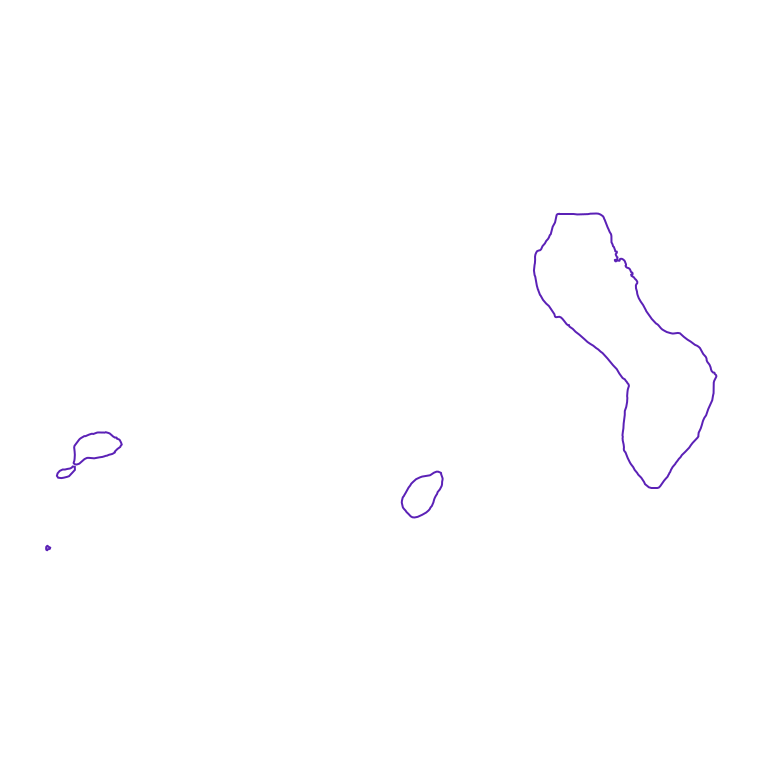 outline of Makimae, Shefa, Vanuatu, rotated 92°
{"feature_id": "77236927B14255204108964", "entity_name": "Makimae", "entity_type": "district", "adm_level": 2, "iso_a3": "VUT", "parent_name": "Vanuatu", "parent_adm1": "Shefa", "projection": "orthographic", "projection_center": [168.399, -17.15], "detail": "fine", "context": "isolated", "style": "outline", "palette": "violet", "viewbox_px": 768, "rotation_deg": 92, "n_neighbors": 0, "source": "geoboundaries", "source_scale": "gbopen_adm2", "svg_char_len": 5396}
<svg xmlns="http://www.w3.org/2000/svg" viewBox="0 0 768 768"><g transform="rotate(92 384 384)"><path d="M443.5,140.7L443.8,140.3L449.4,137.9L454.0,135.4L455.5,134.4L458.4,132.0L461.1,130.5L464.0,127.9L465.7,126.8L468.7,123.6L472.8,120.7L475.0,119.6L477.4,116.4L477.9,115.9L478.6,113.2L478.4,107.2L477.9,105.7L476.5,104.4L470.8,100.7L468.9,99.2L466.8,97.4L464.8,96.5L464.0,96.0L463.2,95.8L462.1,95.0L459.8,94.2L456.8,92.6L453.7,90.1L452.8,89.7L450.2,87.8L448.5,86.7L446.8,85.1L444.7,83.9L441.3,80.6L436.9,76.7L434.6,75.3L432.2,73.6L426.6,68.7L425.4,68.0L423.8,68.0L421.6,67.8L420.3,67.2L417.3,65.9L413.8,64.9L410.4,64.1L409.1,63.7L406.5,62.6L404.1,61.0L397.8,59.1L388.8,55.4L384.3,54.8L381.7,54.3L371.1,54.5L369.3,54.1L365.4,52.3L364.6,52.1L363.6,52.4L362.2,53.9L361.3,54.1L361.1,54.4L361.0,55.6L359.6,57.0L358.0,57.7L355.9,58.2L353.3,59.4L352.2,60.3L350.8,61.5L349.3,62.3L347.2,62.6L345.6,63.4L342.9,66.0L337.0,69.5L335.8,70.9L334.9,72.3L334.0,74.6L330.9,79.0L329.1,82.2L326.4,86.0L323.0,90.0L322.7,92.1L322.8,92.6L323.4,96.2L323.5,97.3L323.2,99.2L322.2,103.2L321.0,105.6L319.8,107.8L318.6,109.2L315.9,111.6L314.9,112.7L314.0,114.3L309.5,118.8L308.5,119.5L302.1,124.4L301.0,124.9L300.7,125.1L296.0,127.8L292.7,130.3L289.3,132.4L286.1,133.7L284.8,134.1L282.8,134.4L279.5,135.5L276.8,135.7L275.5,135.3L274.6,134.5L273.7,134.4L272.8,134.5L271.1,135.7L269.9,137.1L268.8,137.8L267.3,140.4L265.3,141.0L266.1,140.2L265.9,139.5L265.1,139.4L264.1,139.7L263.4,141.0L261.0,142.1L260.6,142.4L259.7,143.5L259.3,145.1L258.5,146.2L257.5,146.7L256.9,146.3L256.0,146.3L253.7,147.3L253.3,147.4L252.2,148.1L251.0,149.7L250.6,150.7L250.6,151.8L251.1,152.7L251.4,152.8L252.4,152.8L252.6,153.0L252.5,155.2L253.1,156.3L253.3,156.5L253.3,156.9L252.7,157.5L252.0,157.6L251.9,157.5L251.7,155.8L251.2,155.3L249.3,155.1L248.9,155.7L246.7,156.9L246.0,156.9L244.7,155.9L243.8,155.9L243.6,156.0L243.4,157.2L243.2,157.5L242.3,157.7L239.1,159.0L238.3,159.9L236.4,160.5L234.4,161.6L228.2,161.9L226.4,162.3L224.1,163.8L221.1,165.2L219.8,165.9L212.1,169.2L211.3,169.7L210.2,170.1L209.1,170.7L208.5,171.3L207.1,173.5L206.3,175.7L206.2,177.7L206.6,183.7L207.1,186.1L207.8,196.8L207.5,200.4L208.0,214.7L207.8,214.9L208.2,216.6L209.2,217.4L216.6,218.7L220.9,220.9L228.5,222.6L229.5,223.5L231.8,224.3L233.4,225.2L235.4,226.9L237.9,228.1L240.7,230.4L243.7,231.6L244.1,231.9L244.8,232.6L245.3,234.3L245.9,235.6L247.2,236.4L249.3,237.2L251.5,237.5L254.7,237.3L258.0,237.4L259.8,237.7L265.4,238.1L266.5,237.9L269.9,237.3L271.4,236.6L280.3,234.7L284.1,233.5L284.4,233.2L284.7,233.2L289.5,231.2L290.1,230.6L294.4,228.0L298.0,224.7L300.3,221.9L301.4,221.1L308.2,216.2L310.5,215.5L311.1,214.9L311.2,214.1L310.9,212.4L310.7,211.1L311.3,209.5L312.7,207.9L315.0,205.9L317.8,203.6L318.8,202.2L318.6,201.3L318.8,201.1L319.6,201.0L320.2,200.6L322.3,197.3L325.1,194.4L327.8,190.6L332.3,185.1L334.9,182.1L336.8,179.1L338.4,176.2L340.7,173.2L341.9,171.2L344.2,168.5L345.4,166.7L350.5,161.7L357.3,155.7L361.0,151.9L365.3,149.2L369.4,146.0L369.8,145.6L371.0,143.4L372.2,142.6L373.6,141.3L374.1,141.1L375.8,139.6L377.1,139.2L377.6,139.2L379.6,139.8L381.2,140.2L383.3,140.4L387.6,140.6L389.5,140.3L392.2,140.4L393.4,140.4L398.4,141.1L402.6,142.4L406.5,142.3L415.1,143.1L420.0,143.2L423.4,143.6L426.9,143.9L428.4,143.5L430.2,143.7L431.1,143.5L431.8,143.5L436.1,142.4L438.7,142.0L439.7,142.0L440.6,142.1L442.0,141.8L443.3,140.9L443.5,140.7ZM508.7,359.1L509.7,358.1L511.2,357.0L513.1,354.9L515.2,352.8L515.7,352.0L516.2,350.9L516.3,349.7L516.3,348.7L515.6,345.7L513.4,341.3L511.0,337.4L508.9,335.1L507.4,333.9L505.8,333.2L504.2,331.9L500.6,330.5L498.3,330.0L496.9,329.6L495.6,329.1L493.6,328.1L492.2,327.2L490.1,326.6L487.4,324.5L483.8,322.8L482.2,322.5L479.7,322.5L477.9,322.2L476.7,322.1L475.8,322.3L472.0,323.8L471.4,323.8L470.9,323.9L470.7,324.2L469.7,326.9L469.8,328.5L470.9,331.0L473.5,334.6L473.7,335.2L474.0,336.7L475.2,342.7L476.1,344.9L478.0,348.6L480.8,351.5L482.7,353.3L484.6,354.3L486.6,355.8L492.5,358.8L494.3,359.8L495.2,360.2L496.7,361.3L500.0,362.0L502.0,362.1L506.4,360.9L507.0,360.6L508.2,359.6L508.7,359.1ZM447.0,682.4L448.5,684.8L449.5,686.1L450.2,686.7L456.5,691.1L457.9,691.4L458.5,691.4L460.4,691.1L462.6,690.8L465.6,690.5L469.6,690.6L471.5,690.8L473.5,691.4L474.1,691.3L474.9,690.2L475.1,689.8L475.2,688.6L474.9,687.4L474.2,685.7L469.5,680.7L468.4,678.6L468.2,678.0L468.1,676.7L468.3,672.7L468.4,671.1L467.2,665.7L466.7,662.9L466.0,660.8L465.6,659.9L465.2,658.1L464.5,656.8L464.0,655.3L463.9,654.7L463.3,652.9L461.8,650.6L461.0,650.7L458.4,648.3L458.2,648.1L456.1,645.4L454.8,644.9L453.9,644.1L453.7,644.0L451.8,644.7L450.9,645.2L449.3,646.1L448.8,646.6L447.9,649.0L447.4,649.1L447.0,649.4L446.8,650.0L447.0,650.9L446.4,652.0L445.7,653.2L445.2,653.7L443.0,656.4L442.5,657.9L441.9,660.4L442.3,661.4L442.4,668.1L442.6,669.1L444.1,672.8L444.0,673.2L443.9,674.1L444.0,674.6L444.5,676.0L445.0,677.3L446.5,680.4L446.6,681.8L447.0,682.4ZM489.0,706.4L489.3,703.2L488.8,700.7L487.8,697.3L487.1,695.5L484.9,693.6L483.2,692.1L480.6,689.9L477.6,690.1L477.3,692.2L478.5,693.2L479.4,694.8L479.9,697.3L480.6,699.8L480.7,702.2L482.2,705.1L484.7,707.1L487.2,707.7L489.0,706.4ZM558.7,712.9L558.4,713.9L557.6,714.4L557.5,714.8L557.8,715.2L558.5,715.8L559.0,715.9L560.6,715.9L561.3,715.7L561.6,715.5L561.8,715.1L561.8,714.7L561.2,714.4L560.8,714.0L560.7,713.0L560.2,712.1L559.2,711.9L558.7,712.9Z" fill="none" stroke="#5b21b6" stroke-width="2"/></g></svg>